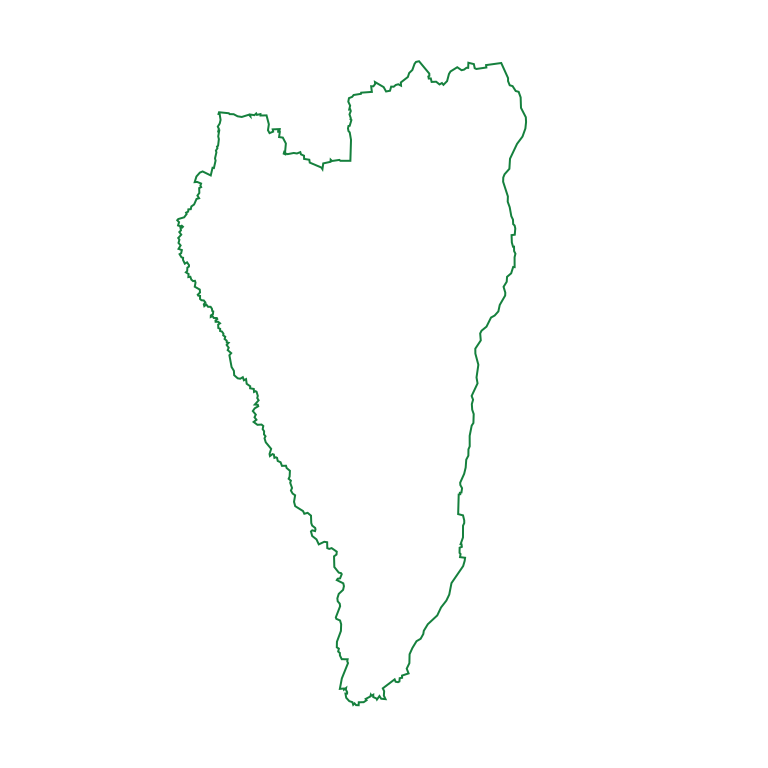 the district of Nong Ya Sai, Suphan Buri, Thailand, rotated 261°
{"feature_id": "78962969B37617655473411", "entity_name": "Nong Ya Sai", "entity_type": "district", "adm_level": 2, "iso_a3": "THA", "parent_name": "Thailand", "parent_adm1": "Suphan Buri", "projection": "albers", "projection_center": [99.839, 14.777], "detail": "fine", "context": "isolated", "style": "outline", "palette": "green", "viewbox_px": 768, "rotation_deg": 261, "n_neighbors": 0, "source": "geoboundaries", "source_scale": "gbopen_adm2", "svg_char_len": 6123}
<svg xmlns="http://www.w3.org/2000/svg" viewBox="0 0 768 768"><g transform="rotate(261 384 384)"><path d="M72.5,336.2L76.2,335.1L80.6,336.1L83.6,335.2L90.6,348.3L88.1,348.9L87.3,351.2L87.8,352.7L91.0,353.5L91.0,355.9L93.2,356.2L94.3,363.0L99.3,361.9L104.3,365.4L113.1,367.0L118.9,370.8L124.9,375.9L126.6,380.3L130.9,383.7L134.0,384.7L139.9,389.7L147.1,400.4L154.4,405.4L160.3,411.7L165.8,415.5L176.8,419.5L191.8,433.7L196.7,436.0L199.7,436.9L201.1,432.0L204.1,433.0L205.4,432.2L210.5,433.1L211.0,435.4L213.5,435.5L213.8,434.6L220.1,438.0L231.7,439.9L234.1,441.5L236.7,441.9L241.9,441.5L243.9,436.9L263.2,440.5L263.2,442.0L264.7,442.0L264.7,443.5L268.9,444.8L272.2,443.6L274.6,443.8L282.7,449.1L288.7,451.6L296.4,453.4L300.0,456.1L306.3,457.2L309.0,458.9L319.4,460.5L329.2,464.1L331.5,466.2L340.3,467.9L344.8,467.1L350.4,467.6L354.5,469.5L358.5,468.7L370.0,476.5L376.0,476.4L388.2,480.2L399.7,479.0L404.6,479.7L411.9,486.4L418.9,486.9L421.4,488.7L424.6,494.2L432.9,500.1L434.3,504.0L437.8,508.3L444.0,510.7L452.4,517.5L455.2,518.1L461.3,517.3L465.8,521.2L470.6,522.3L473.4,526.9L479.4,529.9L479.0,531.3L488.8,532.8L492.1,534.2L494.9,533.3L499.3,533.9L499.4,532.9L503.8,532.4L511.1,533.3L511.0,536.5L517.1,538.0L520.1,537.8L521.7,536.6L526.2,537.1L529.8,536.0L539.0,535.8L544.7,534.7L549.9,535.7L565.1,533.3L569.3,534.1L572.3,535.9L576.9,541.5L586.8,543.7L600.4,553.0L606.7,559.5L614.2,563.6L620.5,565.3L625.3,565.8L635.3,562.5L645.7,563.8L651.5,562.7L652.8,559.9L658.1,557.6L659.4,554.9L663.8,553.9L666.7,554.4L682.7,550.0L683.0,534.7L680.6,534.6L680.7,524.5L681.7,523.0L685.9,522.8L688.1,517.6L683.1,516.6L683.4,514.9L682.0,512.3L681.8,509.7L685.4,505.9L682.3,498.6L680.1,496.7L673.3,493.7L670.2,489.5L672.2,488.3L671.2,485.7L674.4,482.8L674.9,478.3L678.5,478.0L678.7,476.0L680.8,475.9L681.3,477.0L683.5,477.3L697.3,469.1L697.1,466.0L695.5,464.3L689.7,461.1L687.2,457.5L683.5,455.6L679.2,447.8L676.0,447.5L677.8,445.0L677.5,442.4L676.1,440.1L676.6,437.6L672.7,435.8L672.6,431.8L677.3,430.1L683.7,422.3L681.7,422.2L679.7,420.1L680.1,417.9L674.4,417.7L675.3,407.0L674.2,406.6L674.2,399.2L672.6,397.5L671.8,394.1L668.4,392.9L664.2,394.1L660.6,392.6L660.6,393.6L658.8,393.9L655.7,392.1L651.6,392.8L650.7,392.3L649.8,393.1L644.4,390.5L644.4,389.3L642.1,388.4L639.3,388.5L637.9,389.5L630.3,389.6L609.7,385.7L611.3,375.8L612.3,375.0L612.4,367.5L613.9,366.4L611.8,365.9L611.4,358.5L605.8,356.8L607.6,356.0L614.3,345.3L617.2,345.3L618.8,340.3L622.0,340.7L623.8,337.9L626.1,337.6L625.3,334.1L626.3,331.0L626.1,324.8L627.0,323.0L626.2,322.6L627.2,321.0L629.2,321.9L629.0,322.7L636.9,324.7L643.2,322.6L644.3,319.0L649.2,320.5L649.7,318.9L650.9,319.2L651.1,320.6L652.1,320.9L652.9,313.9L650.6,314.0L649.7,310.2L652.8,309.1L658.5,310.9L667.7,310.0L668.5,304.0L669.9,304.2L669.7,300.6L671.2,300.1L669.8,298.1L671.1,293.9L669.3,293.9L671.1,292.7L670.0,285.3L671.3,281.3L674.0,277.7L674.7,273.7L675.7,273.1L678.2,263.6L676.6,262.8L676.2,263.9L670.4,263.9L667.0,262.5L664.2,260.1L661.8,260.8L659.7,259.9L659.8,260.8L654.5,259.0L651.7,259.2L645.3,257.4L644.6,256.2L643.0,256.4L640.8,254.5L639.0,254.7L633.3,252.4L631.0,252.6L623.9,249.8L624.4,248.5L617.1,245.5L622.3,238.1L621.6,235.2L618.3,231.2L613.0,228.6L612.8,231.1L610.6,234.7L608.7,233.7L607.1,234.2L606.4,232.1L601.6,231.5L599.3,229.2L596.4,230.4L596.1,227.8L591.0,224.5L589.5,221.5L586.9,220.5L587.1,218.1L584.9,217.5L584.2,215.3L582.8,215.7L579.9,212.7L579.1,206.6L578.1,205.4L575.9,206.9L572.8,205.4L571.6,207.6L572.0,209.0L570.8,210.0L570.0,209.0L570.3,207.4L567.5,207.5L566.1,205.6L563.2,207.1L560.4,203.6L558.5,204.5L555.5,203.1L552.7,204.8L549.6,202.2L547.9,205.3L544.9,204.1L544.2,202.4L540.8,203.8L540.1,205.3L538.0,204.9L534.0,206.1L535.0,208.5L531.9,210.0L530.5,209.7L529.7,208.0L526.4,207.3L525.3,205.8L523.2,208.2L520.2,207.5L520.2,209.5L517.3,210.0L515.5,211.5L515.5,213.4L513.6,213.7L509.7,212.3L506.1,216.8L503.2,216.6L501.3,214.0L500.3,214.4L499.8,216.1L496.8,215.6L495.3,216.8L494.7,219.1L492.6,220.3L490.9,218.5L489.0,218.7L490.3,220.9L487.8,222.3L487.4,224.8L485.3,225.8L483.0,225.8L482.4,226.7L479.8,226.0L478.8,223.7L477.3,223.4L477.9,225.3L475.9,226.1L475.3,229.2L474.2,229.5L473.1,227.5L471.8,227.4L471.4,229.9L469.6,231.5L468.6,229.5L465.2,229.1L464.1,230.8L462.0,230.4L461.1,232.2L458.8,233.3L457.2,232.8L455.5,234.6L453.4,233.6L451.4,235.4L449.7,235.2L449.0,236.9L447.2,234.7L444.1,236.3L441.9,234.9L438.4,237.9L436.6,235.8L424.6,236.1L420.5,237.8L416.1,237.4L412.5,240.4L411.7,242.8L412.8,245.6L409.6,246.2L410.4,248.5L405.7,248.4L402.7,251.5L400.7,251.1L399.5,254.6L396.5,254.4L397.0,256.0L396.3,256.9L392.0,257.5L390.0,256.6L387.5,257.6L383.9,253.2L383.2,256.1L381.7,256.3L380.2,252.5L377.8,250.2L373.8,252.6L371.4,250.9L368.6,252.4L366.9,249.3L363.5,252.6L363.1,256.7L361.4,258.2L358.4,257.1L356.1,258.2L353.0,257.6L350.9,258.8L349.1,257.5L344.9,258.1L337.6,262.4L332.8,260.0L330.7,260.1L332.2,262.9L331.5,264.2L328.2,264.2L328.5,265.8L327.8,266.8L324.6,267.0L322.9,269.6L319.1,270.4L318.6,274.4L316.2,274.7L313.0,277.5L307.3,276.3L305.3,275.0L303.1,276.9L301.1,275.9L295.7,276.9L293.3,275.4L290.1,276.6L288.0,278.8L281.7,276.7L277.2,277.2L271.1,284.2L268.3,285.0L268.7,288.4L265.4,291.3L258.0,290.4L255.4,290.9L252.6,293.5L251.2,293.6L249.5,292.9L250.7,290.2L249.8,288.8L245.1,289.3L241.1,293.0L235.8,294.5L237.5,300.3L236.6,303.1L230.8,302.3L229.7,304.1L230.1,306.6L225.8,311.1L223.0,310.4L221.6,307.7L211.0,306.3L204.8,309.8L203.9,312.0L202.8,312.5L198.9,310.2L198.9,307.8L197.7,306.7L193.5,312.6L190.6,312.8L187.1,311.4L183.8,306.5L179.6,304.4L176.6,304.3L174.0,305.9L171.4,305.9L161.0,299.9L159.5,300.2L157.3,303.6L153.4,304.1L146.8,302.8L136.8,297.2L131.3,296.2L129.7,298.0L126.9,296.9L125.3,298.3L122.8,298.0L118.8,299.2L117.8,305.0L115.8,304.3L114.0,304.8L99.8,296.3L89.8,292.7L89.5,296.7L88.4,296.7L89.7,299.0L88.2,298.5L85.4,299.4L84.0,299.1L84.3,297.5L80.0,297.6L76.2,300.1L74.7,303.0L72.0,303.4L73.2,304.9L71.2,306.2L70.7,308.7L73.6,309.3L72.9,314.1L74.4,317.3L75.8,316.6L77.5,321.6L79.2,322.4L78.1,322.8L78.8,324.8L76.5,324.4L74.4,327.5L73.5,327.7L76.5,330.7L73.6,332.0L72.5,336.2Z" fill="none" stroke="#15803d" stroke-width="2"/></g></svg>